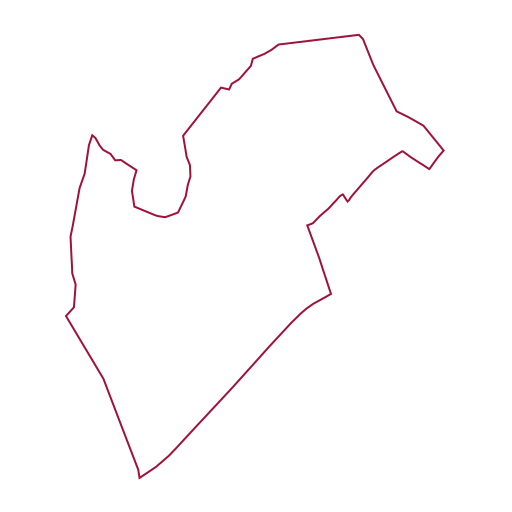 the district of Kesm Awal Assuit, Asyut, Egypt, rotated 87°
{"feature_id": "37247803B33059704038679", "entity_name": "Kesm Awal Assuit", "entity_type": "district", "adm_level": 2, "iso_a3": "EGY", "parent_name": "Egypt", "parent_adm1": "Asyut", "projection": "orthographic", "projection_center": [31.152, 27.186], "detail": "fine", "context": "isolated", "style": "outline", "palette": "rose", "viewbox_px": 512, "rotation_deg": 87, "n_neighbors": 0, "source": "geoboundaries", "source_scale": "gbopen_adm2", "svg_char_len": 1788}
<svg xmlns="http://www.w3.org/2000/svg" viewBox="0 0 512 512"><g transform="rotate(87 256 256)"><path d="M126.9,413.2L136.5,417.0L164.8,422.8L178.9,428.6L215.7,437.3L227.0,440.2L243.9,440.3L256.5,440.3L263.8,440.4L267.8,439.4L275.1,437.6L297.7,440.5L306.0,448.9L331.4,435.5L370.6,414.8L419.5,399.0L460.1,385.8L463.1,384.8L471.5,383.9L461.5,367.1L450.8,353.3L443.7,345.8L427.7,329.4L398.9,299.6L386.0,286.3L366.9,267.2L347.4,247.8L324.2,223.9L315.2,213.6L311.1,208.3L306.7,201.3L301.2,189.9L297.8,183.1L273.6,189.7L261.6,192.9L228.1,203.2L226.7,198.7L226.4,198.0L226.1,197.3L225.1,196.2L220.6,191.4L219.4,190.1L219.2,189.8L214.4,183.7L212.7,181.4L210.9,179.5L207.9,176.5L204.5,172.9L200.6,169.1L199.0,166.1L199.2,165.9L204.7,162.8L206.4,161.7L206.0,161.3L205.7,160.9L204.7,159.7L204.0,159.4L203.4,159.1L200.3,156.4L190.8,147.3L183.6,140.4L178.3,135.5L176.6,133.6L173.7,129.3L172.4,127.0L170.0,123.0L168.9,121.2L163.9,113.0L160.7,107.5L159.9,106.0L159.6,105.3L159.1,104.7L159.2,104.2L159.3,103.7L161.0,101.7L162.4,99.9L164.2,97.8L166.1,95.3L171.4,88.0L173.5,84.9L176.7,80.6L178.3,78.5L177.8,78.0L177.6,77.9L177.5,77.7L170.5,72.1L167.7,69.8L165.8,68.2L160.5,63.1L134.7,81.9L125.4,96.4L118.9,108.0L71.5,128.8L45.0,137.8L40.5,141.7L46.0,222.4L50.9,229.7L54.6,237.0L56.6,242.7L58.9,248.9L65.8,251.1L71.5,256.7L76.0,261.0L78.7,263.7L80.2,266.5L82.7,271.2L88.3,274.1L87.6,276.7L86.0,282.1L132.1,322.5L144.9,321.0L153.3,320.1L161.8,317.2L173.1,317.3L181.5,320.4L184.5,321.1L192.9,323.1L198.5,326.1L208.5,331.6L210.3,337.3L212.5,344.7L211.1,351.5L210.0,354.6L206.1,362.8L200.3,374.9L191.1,375.8L184.5,376.5L173.1,374.0L164.1,370.8L159.2,377.6L157.8,379.5L153.0,385.9L153.1,391.6L146.5,395.9L142.0,403.1L137.6,406.3L129.7,410.2L126.9,413.2Z" fill="none" stroke="#9f1239" stroke-width="2"/></g></svg>